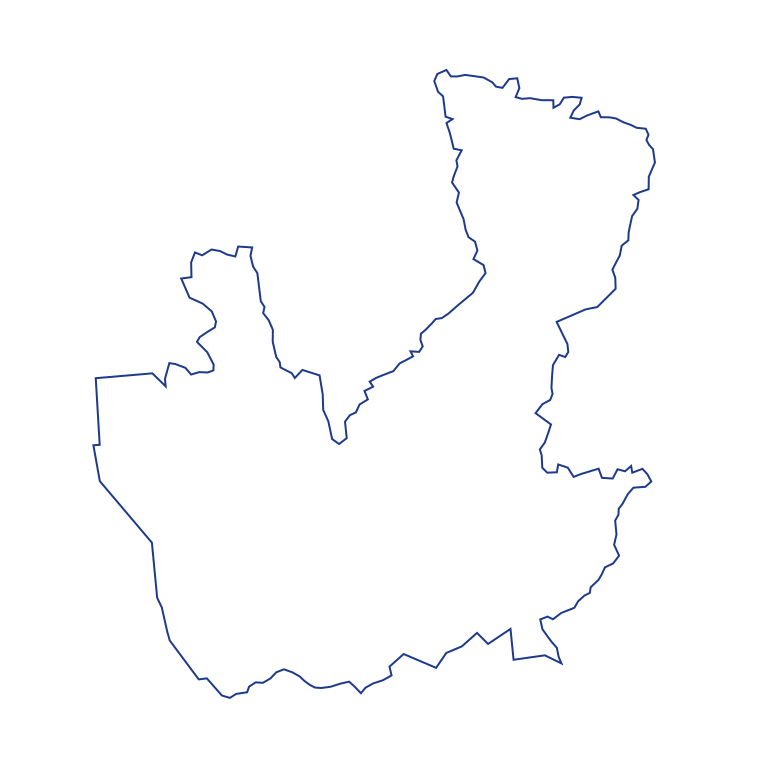 Sinimbu, Rio Grande do Sul, Brazil, rotated 83°
{"feature_id": "56859067B40760381762709", "entity_name": "Sinimbu", "entity_type": "district", "adm_level": 2, "iso_a3": "BRA", "parent_name": "Brazil", "parent_adm1": "Rio Grande do Sul", "projection": "orthographic", "projection_center": [-52.601, -29.445], "detail": "fine", "context": "isolated", "style": "outline", "palette": "blue", "viewbox_px": 768, "rotation_deg": 83, "n_neighbors": 0, "source": "geoboundaries", "source_scale": "gbopen_adm2", "svg_char_len": 3458}
<svg xmlns="http://www.w3.org/2000/svg" viewBox="0 0 768 768"><g transform="rotate(83 384 384)"><path d="M499.7,137.8L502.3,148.4L495.5,148.7L500.0,155.4L497.1,162.6L505.7,168.5L503.7,179.1L494.2,181.3L497.3,199.2L499.3,207.1L489.4,211.8L485.1,220.9L492.7,223.2L491.9,232.8L486.4,237.1L474.1,236.2L467.9,237.3L461.7,231.5L451.6,226.5L444.5,223.2L440.2,227.8L431.4,237.1L423.3,229.2L420.1,221.0L414.4,217.9L408.3,218.3L396.5,216.2L385.9,214.0L376.4,206.7L379.3,200.8L374.7,197.2L366.6,197.1L343.4,205.1L334.5,174.7L333.6,162.9L317.7,142.5L306.8,141.5L298.4,143.4L291.6,138.8L285.2,134.3L275.6,131.2L271.2,124.0L263.4,122.7L257.4,120.7L247.6,117.3L241.0,111.2L232.4,108.9L226.8,113.4L224.8,106.6L222.9,97.6L210.5,95.9L197.2,88.1L183.7,88.4L179.1,91.7L173.9,93.8L168.8,91.1L162.5,93.1L160.5,102.0L157.0,107.3L153.4,114.5L148.7,121.4L146.8,127.7L145.6,136.3L139.5,138.0L142.2,149.6L145.0,157.6L142.4,166.6L135.6,162.3L130.4,155.7L124.0,153.0L122.0,162.0L121.7,170.5L127.8,175.5L130.5,182.1L123.0,181.4L121.5,193.0L118.1,204.2L117.8,212.2L115.3,218.4L106.9,213.6L96.8,214.5L96.6,222.7L104.5,230.3L102.5,236.6L97.7,239.8L91.9,247.8L88.8,259.3L87.1,265.9L87.7,273.9L86.8,280.2L79.9,283.8L82.8,293.3L89.5,297.2L100.6,294.7L105.7,290.3L114.5,290.3L126.2,290.3L129.4,283.7L132.6,290.2L142.6,288.1L152.1,286.9L158.9,286.2L161.5,278.4L170.8,284.9L177.0,284.5L186.6,289.6L192.3,291.9L203.1,286.3L212.7,289.8L230.2,284.9L240.8,284.2L248.6,282.2L253.8,276.3L262.9,275.0L270.9,280.0L278.1,270.7L286.3,269.7L294.0,277.0L304.3,284.6L309.8,293.2L315.7,302.3L321.8,311.2L325.6,318.5L325.8,324.8L329.6,329.0L335.3,336.2L338.6,341.2L344.6,342.5L351.4,341.0L356.4,345.2L354.8,353.7L360.1,351.8L365.5,366.0L372.4,373.2L374.9,383.4L377.0,391.1L379.9,397.9L385.3,395.1L388.5,404.2L397.3,401.9L401.3,410.7L408.8,415.4L410.8,421.7L416.7,427.3L433.2,427.6L438.1,435.9L432.3,442.2L414.3,443.8L402.2,447.5L387.0,446.1L367.6,446.9L360.1,463.3L367.2,471.8L362.1,474.2L354.9,484.8L349.7,484.8L344.0,487.7L328.4,489.3L316.7,487.7L306.6,490.7L298.9,495.3L292.9,493.2L286.9,496.2L270.2,496.2L258.5,496.2L251.6,499.6L240.4,500.9L232.4,498.2L229.8,512.0L239.3,516.0L236.4,524.0L232.1,530.5L229.5,538.8L234.1,548.8L230.4,555.6L239.8,560.6L254.5,562.1L254.6,572.4L274.6,566.5L282.0,554.3L290.9,546.1L301.5,543.1L307.2,545.0L310.2,551.7L315.0,561.2L319.4,564.5L331.0,555.5L344.0,550.7L349.7,551.7L351.1,557.6L349.7,565.8L351.1,574.3L343.8,579.1L338.8,588.6L337.1,594.5L352.3,600.8L359.7,601.0L345.2,612.6L343.1,669.4L409.7,673.6L409.4,679.9L445.8,677.9L513.2,633.7L568.5,635.2L578.6,631.8L603.6,629.3L612.5,627.9L654.6,603.9L654.6,595.7L673.4,582.9L676.8,575.2L673.6,568.6L673.3,557.4L668.0,554.8L664.5,547.8L665.8,540.6L662.5,532.7L657.0,526.0L655.0,518.1L659.1,509.9L664.0,503.3L669.1,499.1L673.4,494.5L676.9,489.5L678.1,483.2L678.0,474.0L676.1,463.8L675.2,454.9L680.2,450.5L688.1,444.6L683.2,439.4L679.9,431.4L677.9,421.2L674.2,412.0L665.2,413.0L654.4,397.4L672.1,366.9L658.5,354.9L653.9,338.7L642.4,322.0L654.7,312.4L642.5,288.3L673.5,289.0L672.9,257.4L683.0,241.9L676.1,243.9L666.9,244.6L660.3,249.1L654.5,252.4L646.8,256.6L636.7,257.6L634.8,250.0L638.1,245.0L632.8,235.9L629.3,222.3L623.3,217.8L618.4,210.8L616.4,205.2L610.9,203.6L604.6,195.0L599.8,191.3L592.9,187.0L590.0,178.4L583.0,171.6L571.6,175.2L561.7,171.6L547.7,171.2L542.3,167.2L536.5,166.3L531.8,161.7L523.2,155.6L517.3,149.1L517.9,137.1L513.3,130.6L505.8,133.5L499.7,137.8Z" fill="none" stroke="#1e3a8a" stroke-width="2"/></g></svg>